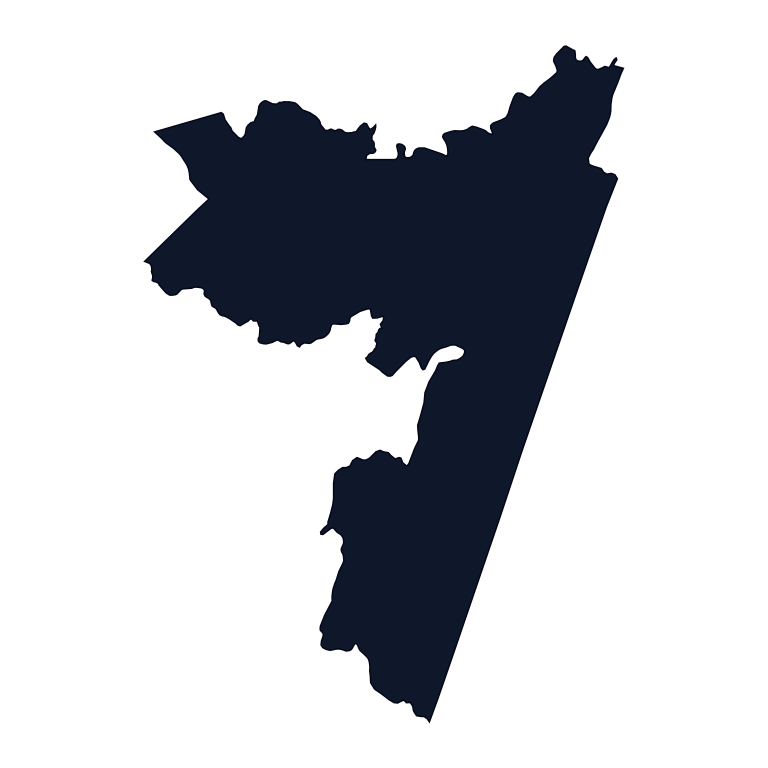 the district of Parintins, Amazonas, Brazil
{"feature_id": "56859067B7549321418483", "entity_name": "Parintins", "entity_type": "district", "adm_level": 2, "iso_a3": "BRA", "parent_name": "Brazil", "parent_adm1": "Amazonas", "projection": "equal_earth", "projection_center": [-56.927, -2.788], "detail": "fine", "context": "isolated", "style": "filled", "palette": "ink", "viewbox_px": 768, "rotation_deg": 0, "n_neighbors": 0, "source": "geoboundaries", "source_scale": "gbopen_adm2", "svg_char_len": 6080}
<svg xmlns="http://www.w3.org/2000/svg" viewBox="0 0 768 768"><path d="M429.4,721.9L438.0,698.3L451.3,659.8L500.4,516.0L521.8,451.5L578.0,288.1L606.3,206.7L617.4,178.7L614.8,174.7L611.2,173.4L606.9,174.2L603.6,172.2L601.2,168.6L592.7,166.0L589.7,164.7L588.8,163.3L588.2,158.0L590.8,153.0L593.2,149.4L595.6,144.6L606.6,124.5L608.8,119.0L609.9,115.9L610.7,111.2L610.9,104.3L611.8,97.9L612.5,95.1L618.0,81.6L620.9,73.8L623.4,68.3L613.7,65.7L614.0,63.9L616.8,59.8L616.1,58.0L614.4,59.3L612.8,61.5L610.2,66.1L608.9,67.7L604.9,66.4L602.4,67.8L598.0,69.6L596.4,69.2L595.2,68.5L590.1,62.0L587.6,57.5L586.0,56.6L584.8,57.8L583.5,59.8L582.3,60.7L580.7,61.3L577.8,61.0L576.0,59.8L575.3,57.4L575.3,54.3L574.8,50.7L572.6,49.8L566.1,46.1L564.1,46.4L556.7,53.9L554.3,57.2L553.6,60.4L554.0,62.0L556.0,66.1L557.4,70.5L556.8,72.7L550.4,78.4L544.1,83.1L540.1,86.6L534.3,93.9L530.7,97.2L529.0,97.4L526.8,96.5L521.9,93.5L518.0,93.0L516.6,93.5L515.5,94.4L513.6,97.6L510.2,106.7L508.4,113.2L506.4,117.0L504.6,118.3L500.8,120.2L493.4,123.0L491.6,124.4L490.6,126.0L490.8,128.5L492.5,132.7L491.9,134.7L489.5,133.7L487.5,132.6L485.2,130.6L482.3,129.4L476.6,127.3L472.3,126.3L469.3,127.9L467.6,129.3L463.8,130.7L460.6,131.0L454.4,130.8L451.0,131.5L444.5,133.6L443.1,135.1L442.7,136.9L443.6,138.8L445.1,141.0L446.1,143.0L446.9,144.9L447.4,147.1L447.7,149.0L448.0,153.3L447.0,155.9L445.1,155.8L443.9,154.9L441.4,153.8L424.4,148.0L418.9,148.0L416.3,149.1L414.9,150.3L413.9,152.3L413.2,155.0L411.4,156.9L409.4,157.7L407.0,157.8L405.3,157.4L404.4,155.4L404.2,152.4L405.3,148.8L404.8,146.9L403.6,145.6L401.4,144.3L398.8,143.9L397.3,144.4L396.7,146.0L398.3,153.1L398.3,155.2L397.5,157.8L395.9,159.3L394.1,159.6L365.8,159.6L366.4,156.1L367.4,154.7L370.1,153.2L371.8,153.4L373.7,153.0L375.2,151.7L375.8,150.1L374.0,146.7L374.2,143.8L373.7,141.9L371.9,140.0L372.0,135.6L373.9,133.0L375.0,129.9L375.7,126.8L375.6,125.0L373.4,127.4L370.4,129.5L368.7,127.9L366.5,123.7L364.1,123.2L360.4,126.1L358.4,128.5L356.2,131.8L354.0,132.0L351.9,132.7L347.7,133.0L345.0,132.6L341.9,130.1L340.2,129.4L338.0,129.4L336.5,130.4L335.0,130.8L330.9,129.1L327.6,130.5L325.1,130.3L320.5,124.6L320.1,122.3L318.8,119.8L315.8,116.6L309.8,112.7L302.4,109.9L297.1,104.4L294.6,102.8L289.6,101.9L283.3,101.9L281.5,102.5L279.8,102.3L276.7,104.1L272.6,103.9L266.2,100.9L264.8,100.8L263.0,101.5L260.4,103.7L258.8,106.5L258.5,109.3L257.5,115.0L255.9,117.8L254.2,121.9L250.9,122.7L248.1,125.1L246.4,127.8L245.3,134.1L244.1,136.2L241.6,138.6L239.8,138.2L238.1,137.2L232.0,131.0L230.7,127.6L229.1,125.8L225.0,119.8L223.3,114.2L221.3,112.6L154.6,131.9L161.9,138.6L165.4,142.4L173.4,148.2L179.0,153.3L181.2,155.9L187.0,165.1L188.6,169.1L189.4,173.2L190.0,179.5L191.9,182.2L197.8,189.9L209.0,199.0L196.8,210.4L144.6,261.4L149.4,263.3L150.8,264.7L151.6,267.0L151.8,269.6L151.5,271.7L152.8,275.8L152.7,278.5L152.1,280.2L153.5,281.4L155.4,281.7L158.4,283.1L159.2,285.0L165.9,292.7L169.6,295.1L172.7,295.1L175.3,294.7L176.9,294.0L181.1,289.6L182.5,288.9L191.6,288.2L195.0,287.0L200.2,287.5L202.2,288.0L203.8,289.1L204.6,290.8L204.1,293.9L205.2,296.2L209.5,299.0L210.7,300.4L211.6,304.7L212.4,306.3L215.2,307.8L216.3,308.8L218.8,313.2L220.2,314.8L222.6,315.8L224.2,316.0L226.2,316.8L229.5,318.6L236.2,323.2L237.8,324.9L240.1,325.7L245.8,322.3L247.8,321.4L249.1,320.0L251.4,318.5L253.3,320.9L257.3,321.0L259.0,325.7L260.0,327.4L259.4,336.4L258.3,338.5L258.3,340.9L259.7,342.7L263.5,343.7L266.1,343.9L272.1,342.4L276.5,340.2L278.3,340.0L279.8,341.2L281.5,342.0L283.2,342.0L287.2,343.6L289.0,343.7L291.0,342.5L293.0,340.8L294.7,341.2L296.3,343.6L297.3,345.7L299.5,346.9L300.8,345.0L302.3,343.9L304.5,342.9L309.0,343.4L310.9,343.0L316.5,339.1L322.8,337.8L324.8,336.7L327.6,334.3L329.1,332.3L330.0,330.3L330.6,327.5L331.6,324.6L333.6,323.8L340.9,324.4L346.0,323.9L348.4,323.2L349.5,321.2L349.8,318.4L351.0,316.6L360.0,311.3L366.9,309.1L369.1,308.7L370.5,309.6L371.6,315.9L372.7,318.1L377.3,317.9L381.0,316.8L382.3,316.1L383.8,317.7L383.0,320.9L380.4,324.3L381.2,326.2L381.5,328.5L380.0,328.6L378.8,329.7L378.3,331.7L377.5,333.1L376.3,334.2L376.0,337.6L375.1,340.5L377.0,343.4L376.2,345.9L375.9,347.9L374.5,349.1L373.4,351.1L372.0,352.6L370.3,353.3L368.6,354.8L367.5,356.8L365.7,358.2L367.8,361.7L379.8,369.6L382.5,372.3L387.7,376.0L390.3,376.1L392.2,375.4L395.7,371.4L405.5,361.5L410.9,357.1L413.9,356.3L415.7,356.7L419.3,362.4L421.3,367.7L422.9,369.7L424.7,369.1L428.9,360.5L431.6,355.9L434.0,353.0L437.9,349.9L440.8,348.3L446.4,346.7L450.9,345.0L455.4,345.0L462.8,348.4L464.7,350.2L464.7,352.4L463.9,354.6L462.9,356.2L461.3,357.7L458.7,359.3L457.0,360.1L453.0,360.4L449.8,361.5L445.4,362.4L439.3,363.1L437.6,365.9L435.6,370.9L429.2,381.6L425.0,392.7L424.1,402.8L420.2,417.1L417.7,425.3L418.0,430.4L418.7,436.9L418.7,440.2L414.6,448.6L409.0,463.4L406.9,466.2L402.7,462.8L400.9,458.1L399.0,457.6L395.1,459.0L390.7,455.4L388.3,452.7L383.2,451.8L380.1,450.3L375.9,451.9L369.8,458.0L366.1,460.1L363.1,460.1L357.0,457.6L352.7,460.6L349.8,466.1L346.2,467.6L342.6,467.6L338.3,470.4L334.9,473.8L333.6,483.2L333.6,498.4L332.9,504.5L330.6,513.5L328.0,522.1L328.0,524.5L323.5,528.5L320.6,532.1L321.0,534.3L323.0,534.4L331.0,528.3L333.3,527.9L337.1,532.2L340.8,534.6L342.9,537.3L343.6,540.3L343.7,542.6L343.2,544.4L341.6,547.8L341.2,549.7L341.7,551.9L343.0,554.2L343.5,556.6L343.9,560.5L343.1,563.0L339.0,571.4L336.1,580.7L335.1,582.8L333.3,588.2L332.7,591.2L332.1,596.2L332.1,598.7L332.3,600.9L324.8,615.1L320.5,625.9L320.2,628.1L320.3,630.2L322.9,633.0L323.4,634.7L322.9,636.8L321.5,641.0L321.1,645.0L322.8,647.6L325.9,649.3L330.1,650.3L336.5,649.0L339.5,649.0L342.0,649.5L346.2,651.0L349.6,650.5L350.9,649.8L352.2,648.3L354.0,645.0L355.0,643.5L356.4,643.7L357.5,644.9L359.0,648.6L360.2,650.7L361.7,651.9L366.9,656.9L368.2,658.6L369.0,660.6L369.5,662.9L370.0,667.2L369.7,670.6L370.3,675.4L370.7,682.7L374.3,688.7L376.1,690.2L379.9,692.7L389.5,699.9L394.1,702.6L397.6,703.0L403.4,700.1L405.3,701.4L406.2,702.7L410.3,702.5L412.7,706.1L413.5,710.5L414.2,712.1L416.6,715.7L421.3,716.5L424.1,716.5L427.3,718.9L429.4,721.9Z" fill="#0f172a" stroke="#020617" stroke-width="1.5"/></svg>